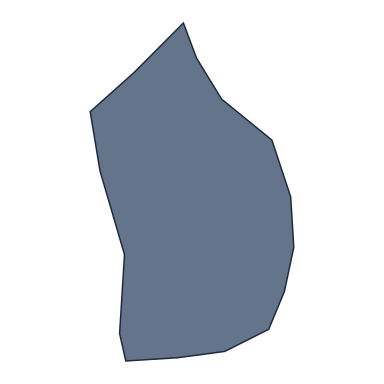 outline of Maratha, Cyprus
{"feature_id": "46923920B5435388082406", "entity_name": "Maratha", "entity_type": "district", "adm_level": 2, "iso_a3": "CYP", "parent_name": "Cyprus", "parent_adm1": "", "projection": "orthographic", "projection_center": [33.779, 35.208], "detail": "fine", "context": "isolated", "style": "filled", "palette": "slate", "viewbox_px": 384, "rotation_deg": 0, "n_neighbors": 0, "source": "geoboundaries", "source_scale": "gbopen_adm2", "svg_char_len": 331}
<svg xmlns="http://www.w3.org/2000/svg" viewBox="0 0 384 384"><path d="M125.8,361.0L177.7,357.7L224.8,351.4L268.7,329.3L284.4,291.5L293.8,247.3L290.7,196.9L271.9,140.1L221.6,99.1L196.5,58.1L183.4,23.0L134.3,72.3L90.2,111.7L100.0,170.9L124.5,254.6L119.6,333.5L125.8,361.0Z" fill="#64748b" stroke="#1e293b" stroke-width="1.5"/></svg>